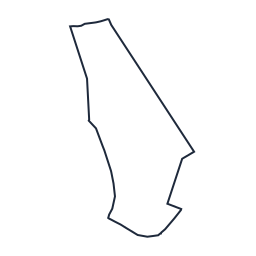 outline of St Lawrence Estate, Anse-la-Raye, Saint Lucia, rotated 96°
{"feature_id": "8701671B81059330414733", "entity_name": "St Lawrence Estate", "entity_type": "district", "adm_level": 2, "iso_a3": "LCA", "parent_name": "Saint Lucia", "parent_adm1": "Anse-la-Raye", "projection": "equal_earth", "projection_center": [-61.042, 13.942], "detail": "fine", "context": "isolated", "style": "outline", "palette": "slate", "viewbox_px": 256, "rotation_deg": 96, "n_neighbors": 0, "source": "geoboundaries", "source_scale": "gbopen_adm2", "svg_char_len": 723}
<svg xmlns="http://www.w3.org/2000/svg" viewBox="0 0 256 256"><g transform="rotate(96 128 128)"><path d="M229.5,84.2L228.6,84.1L224.8,80.5L213.1,72.5L204.1,66.8L203.0,66.6L201.8,71.2L199.2,80.9L152.9,70.9L144.7,59.8L27.3,155.4L22.0,158.4L21.9,159.7L23.4,163.1L24.7,166.2L26.2,170.6L26.6,172.1L28.7,181.0L28.9,181.9L31.2,185.2L32.1,188.7L32.2,190.1L32.4,193.1L33.0,196.2L83.2,173.9L123.7,167.5L124.8,167.8L131.7,159.8L148.7,151.3L152.7,149.2L172.5,140.4L174.0,139.9L184.7,136.6L197.4,133.8L209.9,135.2L216.1,137.7L218.6,138.1L219.5,138.3L220.1,137.3L220.8,135.4L222.5,131.2L224.8,125.2L227.5,119.7L233.4,107.2L234.1,97.4L233.0,92.7L231.5,86.7L229.8,85.2L229.5,84.2Z" fill="none" stroke="#1e293b" stroke-width="2"/></g></svg>